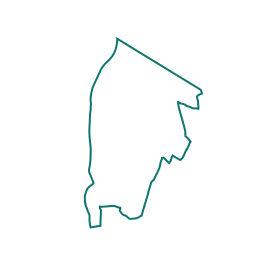 outline of Brielle, Zuid-Holland, Netherlands, rotated 240°
{"feature_id": "6326949B68429604867621", "entity_name": "Brielle", "entity_type": "district", "adm_level": 2, "iso_a3": "NLD", "parent_name": "Netherlands", "parent_adm1": "Zuid-Holland", "projection": "robinson", "projection_center": [4.167, 51.891], "detail": "fine", "context": "isolated", "style": "outline", "palette": "teal", "viewbox_px": 256, "rotation_deg": 240, "n_neighbors": 0, "source": "geoboundaries", "source_scale": "gbopen_adm2", "svg_char_len": 5075}
<svg xmlns="http://www.w3.org/2000/svg" viewBox="0 0 256 256"><g transform="rotate(240 128 128)"><path d="M210.7,163.3L209.8,162.8L208.6,162.0L207.7,161.4L206.1,160.2L205.3,159.5L204.5,158.8L203.8,158.1L203.1,157.4L202.4,156.7L201.8,156.0L201.1,155.1L200.5,154.3L199.5,152.8L199.0,152.0L198.5,151.2L198.1,150.3L197.8,149.5L197.1,147.8L196.8,146.8L196.5,146.0L195.8,143.1L195.3,141.3L195.1,140.6L194.9,139.7L194.5,138.7L193.9,137.2L193.5,136.4L193.1,135.4L192.7,134.7L192.1,133.7L191.6,133.0L190.6,131.6L186.6,125.9L183.1,120.9L182.5,120.0L181.9,119.2L181.2,118.3L180.0,116.9L178.9,115.8L177.7,114.7L176.6,113.7L175.8,113.1L175.1,112.5L173.9,111.6L173.4,111.2L171.8,110.1L170.0,109.1L167.4,108.0L165.6,106.7L165.1,106.3L164.8,106.1L162.4,104.8L160.4,103.1L158.7,101.9L150.3,96.6L149.3,95.9L145.7,93.6L143.5,92.3L142.2,91.7L140.0,90.5L139.2,90.1L132.6,87.2L130.7,86.3L129.1,85.5L126.9,84.3L124.9,83.1L119.0,79.4L118.3,79.0L117.7,78.5L116.3,77.5L115.5,76.9L114.8,76.3L111.9,73.8L111.8,73.7L111.2,73.3L110.7,73.0L110.3,72.8L109.8,72.6L109.4,72.5L109.2,72.4L108.8,72.3L108.3,72.2L106.6,72.0L104.6,71.7L98.1,70.8L97.7,70.8L97.6,70.7L97.5,70.4L97.3,70.3L96.8,67.5L96.7,66.6L96.6,65.7L96.6,65.1L96.2,64.3L96.0,63.1L95.7,62.5L94.4,60.6L93.4,59.5L91.9,57.9L91.5,57.4L91.1,57.0L90.7,56.7L89.6,55.9L88.8,55.5L84.9,53.6L84.6,53.5L84.3,53.4L84.2,53.3L83.6,53.0L83.4,53.2L81.6,52.5L79.9,52.3L76.5,51.7L75.3,51.6L71.7,51.1L69.2,49.6L68.4,49.1L66.9,48.3L65.5,47.7L64.3,47.2L63.3,46.8L62.0,46.3L61.4,46.1L60.8,45.9L60.6,45.9L57.1,55.2L58.0,55.8L58.6,56.1L58.9,56.2L59.3,56.5L59.5,56.7L59.8,56.9L60.1,57.0L61.0,57.5L61.7,58.0L62.0,58.2L63.6,59.3L64.0,59.4L64.5,59.7L64.7,59.9L65.1,60.1L65.4,60.4L66.1,60.8L66.5,61.2L67.1,61.6L68.1,62.1L68.7,62.5L68.9,62.6L69.2,62.8L69.4,63.0L69.9,63.2L70.4,63.4L70.7,63.5L70.8,63.5L71.1,63.5L71.6,63.5L72.0,63.5L72.4,63.5L72.8,63.6L73.2,63.8L73.4,64.1L73.7,64.4L74.1,64.4L74.1,64.5L73.9,64.6L73.6,64.9L73.3,65.1L73.1,65.5L72.9,65.8L69.4,73.2L68.4,75.2L67.2,77.3L65.7,78.5L65.3,78.8L64.7,79.3L64.1,79.9L63.6,80.4L63.0,81.1L63.0,81.3L62.9,81.4L62.6,81.3L62.7,81.2L61.6,80.4L60.5,79.5L60.3,79.5L60.2,79.5L59.5,79.6L58.9,79.7L57.6,79.8L57.0,79.8L56.4,80.0L55.1,80.5L54.8,80.6L54.6,80.8L54.4,80.9L54.0,81.5L53.9,81.6L53.6,81.9L53.5,82.0L53.3,82.1L52.7,82.4L52.3,82.6L51.5,82.9L50.9,83.1L49.9,83.3L49.6,83.4L49.2,83.6L48.8,83.9L48.6,84.1L48.3,84.4L48.1,84.8L47.8,85.1L47.6,85.5L47.4,85.9L46.9,87.4L46.4,88.1L46.3,88.3L46.2,88.5L46.0,89.4L45.9,89.5L45.7,89.7L45.6,90.1L45.5,90.6L45.5,91.1L45.4,92.0L45.3,92.3L45.3,93.0L45.4,94.5L45.4,95.2L45.5,95.2L45.5,95.7L45.5,95.9L45.4,96.2L46.1,96.7L47.8,98.5L48.5,99.2L49.7,100.5L49.8,100.6L50.5,101.3L51.0,101.9L51.4,102.2L52.1,103.0L52.3,103.1L52.5,103.3L52.3,103.4L52.8,103.8L53.0,104.0L53.4,104.4L54.0,104.9L55.3,106.5L56.9,108.0L58.7,110.1L59.4,110.8L59.7,111.1L61.7,113.2L62.1,113.3L63.6,114.9L64.5,115.8L65.1,116.5L65.6,117.1L66.5,118.0L68.6,120.2L69.3,121.0L69.6,121.4L70.3,124.2L70.2,124.3L74.0,129.9L74.0,130.1L77.3,134.6L77.5,135.0L80.0,137.4L82.5,139.6L82.6,139.8L84.4,142.1L85.1,142.5L84.7,143.2L84.6,143.4L84.4,143.9L84.4,144.0L83.4,144.3L79.8,145.2L78.5,145.6L77.7,145.8L77.1,146.0L77.7,147.3L78.5,148.9L78.8,148.9L81.1,151.8L81.1,152.0L81.7,152.7L81.8,152.8L81.3,153.1L81.2,153.2L80.6,153.6L80.2,153.8L79.9,153.9L79.2,154.3L78.1,154.9L76.6,155.8L75.9,156.2L75.6,156.4L74.7,156.9L74.5,157.1L74.4,157.1L74.2,157.3L74.2,157.5L74.2,157.9L74.5,158.7L74.6,159.5L74.8,159.9L74.9,160.2L74.9,160.4L75.1,160.8L75.3,161.0L75.4,161.3L75.6,161.6L75.9,161.9L75.9,162.0L76.0,162.1L76.2,162.3L76.3,162.6L76.5,162.8L77.6,164.3L78.7,165.8L79.1,166.5L79.6,167.2L80.2,167.9L80.1,168.4L81.6,170.5L82.5,171.9L82.7,172.1L82.8,172.3L83.7,173.4L84.2,174.1L84.5,174.6L84.7,174.9L84.8,175.3L85.5,175.1L86.2,175.0L86.3,175.2L86.7,175.2L89.0,174.7L90.1,174.3L91.1,174.1L91.6,173.9L91.8,173.9L92.5,173.7L93.2,174.3L93.5,174.4L94.1,174.6L94.4,174.7L94.6,174.9L95.5,175.4L96.3,175.8L97.3,176.2L97.7,176.3L98.9,176.7L108.0,179.1L109.7,179.5L111.4,179.9L112.3,180.1L114.9,180.8L116.0,181.1L116.7,181.3L116.9,181.4L117.9,181.7L118.3,181.8L119.1,181.9L121.3,182.6L121.9,182.8L122.3,183.0L123.2,183.4L123.4,183.4L124.1,183.7L125.2,184.1L126.4,184.5L126.0,184.4L125.9,184.4L125.7,184.4L124.9,184.8L123.8,185.3L123.6,185.4L122.9,185.9L122.6,186.3L121.8,187.3L121.5,187.5L120.7,188.2L119.9,188.8L119.5,189.2L119.1,189.3L118.9,189.4L118.1,189.7L117.9,189.8L117.7,189.8L117.5,190.0L117.2,190.1L117.1,190.3L116.9,190.5L116.5,191.0L115.8,191.8L115.4,192.1L114.8,192.5L113.3,193.4L112.8,193.7L112.7,193.8L112.4,194.3L112.2,194.8L111.0,196.5L110.7,197.0L110.6,197.3L110.5,197.5L110.4,197.7L110.2,197.8L109.7,198.2L109.4,198.5L109.5,198.6L109.9,198.8L110.4,199.1L111.2,199.6L111.5,199.7L111.8,199.9L112.4,200.2L113.1,200.5L114.1,201.0L114.8,201.3L115.3,201.6L116.5,202.0L117.3,202.3L118.6,202.7L119.5,202.9L120.3,203.2L120.6,203.4L121.1,204.0L121.2,204.4L121.2,204.5L121.2,204.9L121.2,205.1L121.3,205.7L121.3,206.1L121.2,207.1L121.1,207.9L120.9,209.3L123.1,209.9L124.7,210.1L187.5,175.9L210.7,163.3Z" fill="none" stroke="#0f766e" stroke-width="2"/></g></svg>